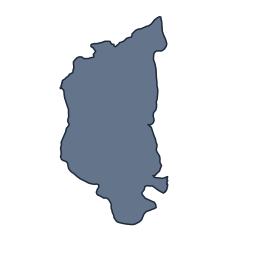 Quthing, Quthing, Lesotho, rotated 247°
{"feature_id": "5366337B136764020744", "entity_name": "Quthing", "entity_type": "district", "adm_level": 2, "iso_a3": "LSO", "parent_name": "Lesotho", "parent_adm1": "Quthing", "projection": "orthographic", "projection_center": [27.658, -30.405], "detail": "fine", "context": "isolated", "style": "filled", "palette": "slate", "viewbox_px": 256, "rotation_deg": 247, "n_neighbors": 0, "source": "geoboundaries", "source_scale": "gbopen_adm2", "svg_char_len": 5444}
<svg xmlns="http://www.w3.org/2000/svg" viewBox="0 0 256 256"><g transform="rotate(247 128 128)"><path d="M218.2,200.3L217.9,197.7L217.2,194.8L216.1,192.8L214.7,190.3L214.0,187.2L214.3,184.7L214.3,181.9L214.2,179.2L215.0,175.9L214.9,173.2L213.2,168.8L211.3,167.5L210.4,166.5L211.0,163.5L211.0,161.3L210.1,159.4L209.6,157.9L209.6,155.5L209.9,153.6L208.9,152.1L208.4,150.2L207.7,148.4L208.8,147.2L210.5,147.6L211.5,145.8L213.2,145.4L214.7,145.3L215.8,143.2L216.9,140.3L216.9,137.7L217.4,135.0L217.8,132.4L218.8,130.1L218.9,129.6L219.0,128.9L219.2,127.8L219.2,127.2L219.2,126.8L218.8,126.3L218.3,126.0L217.7,125.9L217.3,125.9L217.2,125.9L216.7,126.3L215.9,126.7L215.4,127.2L215.0,127.5L214.6,127.5L214.0,127.6L213.3,127.6L212.6,127.9L211.9,128.0L211.2,128.2L210.8,127.6L210.5,127.0L210.2,126.8L209.8,125.7L209.6,125.2L209.2,124.9L208.8,124.7L208.3,124.6L207.7,124.7L206.9,124.3L206.6,124.1L207.3,121.1L207.4,118.7L208.3,116.6L209.0,114.7L211.3,113.3L212.0,112.2L212.6,110.6L212.6,108.7L211.8,106.5L210.8,104.6L210.3,103.7L208.1,102.7L206.1,102.3L204.3,101.4L203.2,100.6L202.9,100.1L202.4,99.8L202.1,99.7L201.8,99.6L201.3,99.5L200.9,99.0L200.6,98.5L200.5,98.0L200.6,97.6L200.4,97.2L200.4,96.5L200.4,95.6L200.3,94.8L199.5,94.4L199.3,93.7L199.0,92.5L198.7,91.4L198.4,90.5L198.0,89.6L197.8,88.9L197.7,88.3L197.6,87.9L197.5,87.6L197.6,87.2L197.3,87.0L197.1,86.5L197.1,86.1L196.8,85.8L196.6,85.7L196.3,85.7L196.2,85.7L195.9,85.5L195.7,85.3L195.6,85.0L195.4,84.8L195.3,84.6L195.1,84.4L194.8,84.4L194.5,84.4L194.3,84.2L194.1,84.0L193.9,83.8L193.6,83.4L193.3,83.1L193.0,82.9L192.9,82.8L192.5,82.8L192.4,82.9L192.0,82.9L191.9,82.6L191.8,82.4L191.8,82.0L191.7,81.6L191.4,81.3L190.8,81.2L190.6,81.8L190.5,82.2L189.4,83.1L187.6,83.5L185.3,82.9L184.9,82.7L182.6,82.0L182.1,81.8L179.0,81.3L178.5,81.3L177.5,81.3L176.0,81.0L175.1,81.0L172.6,80.8L172.0,80.7L168.4,80.5L165.4,79.2L164.5,78.9L164.3,78.8L163.7,78.6L161.8,77.9L161.6,77.8L161.4,77.8L161.2,77.6L160.1,76.5L158.5,75.6L158.4,75.6L157.8,75.1L157.2,75.2L156.6,75.1L156.3,75.3L155.9,75.2L154.2,75.1L153.1,74.0L152.9,73.5L151.8,71.2L148.7,69.0L145.5,65.6L140.8,60.8L138.7,60.3L137.3,59.1L135.2,57.8L133.7,57.6L132.3,57.1L130.1,56.3L129.6,56.1L128.1,54.7L127.8,54.7L125.2,54.5L123.3,55.7L122.3,56.9L121.9,57.4L121.5,57.7L120.6,58.3L119.2,58.6L117.8,58.3L114.0,57.5L112.3,57.8L112.1,57.9L109.7,58.7L107.1,60.4L102.9,62.4L100.4,63.9L100.2,64.0L99.2,64.8L98.8,65.1L97.1,66.6L95.4,68.1L93.9,69.2L92.3,70.7L90.8,72.7L89.3,75.1L88.6,77.4L87.4,78.5L87.1,78.8L84.9,77.9L83.6,75.9L81.2,73.7L79.1,73.6L78.0,74.1L76.1,76.0L72.8,78.4L72.6,79.5L72.1,80.8L69.7,82.2L67.2,82.6L64.5,82.8L61.4,81.4L60.1,81.1L58.7,81.1L56.6,80.6L54.9,80.7L53.3,80.7L52.9,80.6L51.6,80.3L50.8,80.1L48.6,80.5L48.3,80.5L46.0,81.3L44.8,82.4L42.6,85.4L40.7,88.2L39.3,90.7L38.7,91.8L37.8,93.4L37.1,95.2L36.8,97.2L37.0,100.2L37.1,101.5L37.4,102.5L38.2,104.7L40.6,107.1L41.3,107.8L42.5,109.1L42.8,109.4L43.7,111.6L44.0,112.5L43.7,115.4L43.7,118.7L43.5,120.9L43.7,121.8L43.8,122.8L45.6,123.3L47.0,123.6L49.5,123.1L51.5,121.1L54.3,118.6L56.5,116.5L61.1,115.1L63.0,115.5L64.8,118.7L67.2,120.5L67.5,120.8L67.5,123.1L66.0,125.5L65.3,127.5L63.5,128.9L60.2,130.7L56.9,133.0L54.2,135.3L54.6,136.3L54.5,136.7L54.7,136.9L54.8,137.2L54.9,137.6L55.1,137.8L55.3,137.8L55.3,138.2L55.3,138.5L55.7,138.7L55.9,139.1L56.1,139.5L56.4,139.8L56.7,139.9L57.0,140.2L57.2,140.4L57.5,140.5L57.8,140.6L58.0,140.8L58.3,141.0L58.6,141.2L58.9,141.6L59.3,141.8L59.7,142.0L59.8,142.0L60.0,142.0L60.2,142.3L60.4,142.4L60.6,142.3L60.8,142.2L61.0,141.9L61.1,142.0L61.3,142.2L61.5,142.4L61.9,142.5L62.1,142.4L62.4,142.3L62.6,142.2L62.7,142.3L62.8,142.5L63.0,142.7L63.2,142.8L63.5,142.9L63.6,143.1L63.7,143.3L63.7,143.6L63.8,143.7L64.0,143.8L64.4,144.1L64.6,144.1L64.8,144.0L65.0,143.8L65.2,143.7L65.4,143.7L65.8,143.9L66.0,144.0L66.3,144.3L66.5,144.5L66.9,145.0L67.1,145.1L67.4,145.2L67.7,145.3L67.8,144.7L67.9,144.1L67.9,143.3L67.9,142.7L67.9,142.1L67.9,141.3L68.0,141.0L68.1,140.5L68.2,140.1L68.4,139.5L68.7,139.0L69.3,138.2L69.6,137.5L70.0,136.8L70.4,136.1L70.8,135.4L71.3,134.5L71.8,133.8L72.2,133.2L72.6,132.8L73.2,132.7L73.8,132.7L74.2,132.6L74.1,132.9L74.0,133.1L73.7,133.4L73.7,133.6L73.8,133.7L73.8,133.9L73.9,134.1L73.8,134.4L74.0,134.8L74.1,135.2L74.5,135.4L74.6,135.6L74.6,135.9L74.8,136.1L74.7,136.4L74.9,136.7L75.0,137.0L75.0,137.5L75.3,138.0L75.5,138.4L75.7,139.1L75.8,139.6L76.0,140.0L76.5,140.3L76.5,140.6L76.7,140.8L77.0,141.0L77.4,141.3L77.8,141.6L78.0,141.9L78.2,142.2L78.6,142.5L78.9,142.8L79.2,143.1L79.4,143.2L79.8,143.3L79.9,143.6L80.1,144.0L80.4,144.2L81.2,144.1L81.9,144.1L82.6,143.9L83.5,144.0L84.6,144.3L85.4,144.5L86.1,145.0L87.0,145.3L87.7,145.6L88.6,145.8L89.6,146.0L90.4,146.0L91.7,145.8L94.2,145.4L96.2,145.4L96.9,145.5L98.3,146.2L98.5,146.7L101.3,148.2L103.9,148.2L106.9,148.9L112.0,149.0L116.5,149.4L118.5,149.6L119.7,149.7L120.4,149.1L122.2,148.3L123.1,147.9L123.1,148.5L122.8,148.9L122.1,149.5L122.2,149.9L122.3,151.1L122.4,151.7L122.6,152.6L123.3,153.6L124.6,154.9L126.8,155.5L128.7,155.7L131.9,157.3L134.0,160.9L136.3,162.5L138.5,163.5L140.9,164.1L143.2,166.1L146.1,167.7L151.0,170.2L156.3,171.4L158.2,172.3L163.7,174.0L168.3,175.7L171.0,176.7L176.5,177.9L181.1,178.2L183.9,179.5L186.6,181.1L187.4,182.6L187.7,184.3L187.2,186.1L186.4,187.5L185.9,188.7L186.0,190.6L186.7,192.8L188.2,195.0L190.3,196.6L194.9,197.2L200.1,197.1L203.6,197.4L207.9,198.9L212.6,200.5L217.4,201.5L218.2,200.3Z" fill="#64748b" stroke="#1e293b" stroke-width="1.5"/></g></svg>